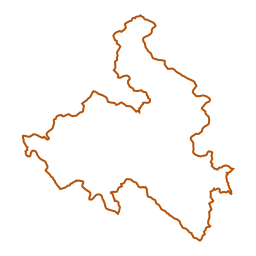 Bao Yen, Lào Cai, Vietnam (Mercator projection)
{"feature_id": "81297802B25948208667731", "entity_name": "Bao Yen", "entity_type": "district", "adm_level": 2, "iso_a3": "VNM", "parent_name": "Vietnam", "parent_adm1": "Lào Cai", "projection": "mercator", "projection_center": [104.421, 22.295], "detail": "fine", "context": "isolated", "style": "outline", "palette": "amber", "viewbox_px": 256, "rotation_deg": 0, "n_neighbors": 0, "source": "geoboundaries", "source_scale": "gbopen_adm2", "svg_char_len": 5855}
<svg xmlns="http://www.w3.org/2000/svg" viewBox="0 0 256 256"><path d="M82.1,103.6L83.8,105.7L83.9,106.2L82.9,111.4L82.4,111.9L79.8,112.6L76.6,115.5L72.6,116.2L70.5,115.4L68.7,114.1L66.7,114.8L63.8,116.3L62.6,116.3L61.8,115.2L61.2,115.0L59.7,115.4L58.8,115.3L56.7,116.4L55.7,118.9L54.1,119.4L53.8,120.3L54.2,122.5L52.9,127.3L52.3,128.5L51.3,129.5L48.2,131.7L46.5,133.8L46.5,134.4L47.3,136.1L49.0,138.3L48.9,138.8L47.6,139.6L46.4,139.1L44.4,136.9L43.7,137.4L43.3,137.2L42.7,137.8L40.5,137.0L36.4,134.8L34.0,134.2L33.0,134.5L31.5,135.8L30.8,135.9L30.2,136.7L28.3,136.7L23.6,135.6L23.1,135.8L22.9,137.7L23.7,139.8L23.7,141.9L25.4,144.5L26.3,146.5L27.5,147.2L27.1,149.2L27.2,150.0L25.5,151.3L25.8,152.3L25.8,153.9L26.2,154.9L27.7,156.3L29.5,156.4L30.3,155.8L31.0,152.6L32.3,150.7L34.4,150.8L35.4,151.2L36.8,153.2L37.2,154.8L39.4,158.0L41.3,159.5L44.9,161.3L45.9,162.5L46.4,164.1L47.5,166.1L47.3,168.0L45.7,170.1L45.6,170.5L49.6,174.4L51.2,176.7L52.7,177.6L53.9,180.0L54.9,181.0L55.1,182.2L58.0,186.2L59.4,187.3L59.7,188.6L60.0,188.9L61.0,188.9L63.9,188.0L65.5,187.4L67.9,185.6L69.4,185.5L70.3,184.5L70.7,183.5L71.8,183.5L73.4,182.2L75.5,181.3L76.0,180.6L76.8,181.0L78.1,180.5L82.5,181.2L83.2,181.8L83.3,182.6L82.3,185.3L82.4,186.7L85.4,189.3L89.5,192.0L90.3,193.0L90.4,194.1L90.1,195.5L89.2,198.3L89.5,199.4L90.8,199.6L92.3,199.3L95.5,195.6L97.1,194.5L98.6,194.4L100.7,194.9L101.9,196.3L102.5,198.8L104.2,202.1L105.7,207.5L106.4,208.5L108.2,209.5L115.3,211.5L117.9,213.8L119.1,211.1L119.8,207.6L119.8,206.5L119.0,205.8L118.5,204.5L118.5,202.5L118.2,201.9L116.3,201.1L115.6,200.5L114.7,200.9L114.2,198.6L113.5,197.2L113.0,195.0L112.3,193.8L111.1,193.1L110.9,192.4L111.4,192.1L112.6,192.1L113.3,191.7L114.9,192.0L117.0,191.6L118.7,187.7L121.9,186.3L121.4,185.4L121.0,184.0L123.1,183.5L124.1,183.0L125.4,180.4L126.5,179.2L129.3,179.2L131.5,179.8L132.6,181.2L136.4,182.8L138.8,187.0L141.3,187.6L142.7,186.8L144.2,187.5L145.4,187.0L146.8,189.1L146.9,191.3L147.4,194.0L147.3,195.2L148.2,196.7L150.8,197.3L153.1,199.3L154.9,199.8L155.4,200.6L156.2,203.4L157.7,204.1L159.2,205.4L160.6,207.6L160.9,208.6L162.0,209.7L165.1,211.0L167.1,213.3L168.9,213.9L169.6,215.4L171.2,216.0L174.2,218.4L176.8,219.2L179.3,220.9L179.7,221.6L180.1,223.1L182.7,227.7L186.0,228.7L187.7,230.2L189.2,232.2L191.5,233.2L191.5,234.1L192.4,234.9L193.5,237.5L196.8,238.5L199.8,240.6L200.2,240.5L201.6,238.9L202.5,236.3L203.3,235.2L204.8,234.2L204.2,232.8L204.1,231.7L205.6,229.7L206.2,227.7L207.5,227.0L209.6,226.7L210.2,226.3L208.3,224.1L208.1,221.6L208.9,219.0L209.4,218.1L209.4,213.9L209.1,212.1L209.8,211.7L210.2,210.6L211.3,209.9L211.4,209.5L211.2,208.5L210.5,207.4L210.0,205.2L209.2,203.6L210.5,202.5L212.2,202.1L213.3,200.9L210.5,197.0L210.8,195.2L210.5,191.7L213.1,190.3L214.0,188.7L214.5,189.5L215.2,189.9L217.3,188.7L218.4,188.5L219.6,189.3L219.8,190.0L219.6,191.5L220.5,192.7L221.3,192.7L222.5,192.1L224.0,191.9L226.2,192.5L227.0,192.1L228.1,191.0L228.6,191.2L230.2,193.4L231.9,194.3L230.9,192.8L231.3,191.2L229.1,187.5L228.9,186.0L228.2,185.0L228.4,183.1L227.3,182.0L227.1,181.4L226.3,177.1L226.6,175.1L227.6,174.5L226.9,172.8L228.6,172.6L230.1,171.9L233.1,168.9L230.4,168.1L229.1,166.4L225.7,165.4L225.1,165.5L223.0,166.3L221.6,167.5L219.3,167.6L217.5,169.6L215.5,168.8L214.5,168.8L213.6,167.6L211.8,166.0L211.7,165.6L212.3,164.7L212.4,164.0L210.7,162.3L212.2,159.0L212.2,158.1L211.5,156.0L212.3,152.5L211.3,151.8L208.7,151.3L207.7,152.3L206.4,155.1L200.6,156.4L198.3,156.0L195.2,154.5L193.5,153.0L193.1,152.0L193.6,149.1L193.3,146.2L193.4,143.6L193.0,142.2L190.8,139.5L190.9,137.6L192.1,136.3L196.0,133.8L198.2,134.0L198.8,133.8L201.9,131.3L202.4,129.0L204.0,127.0L207.7,124.8L208.8,123.6L209.2,120.0L208.6,116.6L206.5,114.7L205.5,113.3L205.4,111.5L202.4,109.2L201.8,108.6L201.8,108.2L206.0,103.0L209.4,101.4L210.0,100.0L209.8,99.0L209.1,98.1L206.7,96.5L204.1,95.6L203.1,95.4L199.1,96.2L196.4,96.1L195.4,95.3L194.9,94.5L193.8,93.7L192.8,92.2L192.9,90.8L196.4,86.0L196.4,85.5L194.7,83.0L194.7,82.3L193.1,80.9L187.4,78.4L184.1,76.3L182.4,75.7L179.9,73.6L178.4,73.1L176.2,71.6L174.4,69.7L172.9,68.7L171.1,68.6L168.0,69.0L165.4,65.6L164.7,64.0L164.8,61.0L164.1,60.6L158.0,59.8L153.0,58.3L152.6,57.6L150.9,53.4L148.2,51.1L145.6,47.2L144.8,43.2L143.4,41.3L143.0,39.3L143.5,38.0L144.1,37.4L145.6,36.6L148.6,35.4L151.1,33.4L151.8,32.0L151.9,29.5L153.0,28.0L154.7,26.9L155.6,25.7L155.5,25.3L154.4,23.7L153.1,22.5L146.7,19.6L145.2,19.5L144.1,18.6L143.4,17.2L142.2,16.8L140.5,15.4L139.5,16.2L136.2,16.8L135.3,17.3L135.0,18.2L132.8,18.1L132.1,18.9L131.5,20.7L129.5,21.2L125.3,23.5L124.9,24.3L125.9,27.7L124.6,29.0L124.3,29.8L122.7,30.7L121.6,31.8L119.6,31.0L116.6,32.2L114.7,33.4L114.4,34.3L113.3,35.8L115.0,40.0L115.3,40.4L116.1,40.5L116.8,41.0L116.9,43.6L118.7,44.6L120.3,46.4L120.1,47.1L117.1,52.3L117.1,53.8L117.7,55.6L117.5,56.4L116.9,57.4L117.2,59.6L116.8,60.3L115.0,61.6L115.4,66.9L114.9,68.9L114.0,69.8L113.8,70.3L116.8,73.1L118.2,75.2L118.3,75.9L117.8,77.3L118.0,77.5L120.3,77.8L123.6,76.1L126.6,75.6L127.1,75.5L128.9,76.6L129.7,78.1L129.7,79.2L128.2,80.6L128.0,83.3L129.3,85.5L129.6,86.6L132.9,88.4L133.3,89.0L133.6,90.4L134.1,90.7L137.3,91.1L141.3,90.3L143.4,91.9L145.4,92.1L145.9,92.4L146.6,93.5L147.0,95.5L148.1,96.4L148.0,97.8L149.8,99.2L150.0,99.6L150.1,100.9L149.7,101.9L148.8,102.5L147.4,102.9L144.2,102.5L142.9,103.0L143.1,103.9L141.4,105.7L140.1,108.2L139.4,108.1L139.2,108.4L139.2,110.0L139.4,110.7L139.3,112.1L138.6,111.3L137.5,110.9L136.2,111.7L135.1,110.3L133.6,109.0L133.2,108.3L131.4,106.8L130.1,106.3L126.4,106.0L125.2,104.8L121.7,102.6L120.8,102.6L117.8,104.5L116.6,104.9L115.7,104.5L115.3,103.5L114.5,102.9L111.8,102.7L108.4,102.0L107.8,101.2L107.0,98.6L105.9,97.1L102.3,95.1L100.7,94.8L99.6,94.1L98.3,93.9L97.4,93.0L95.9,92.0L93.6,91.2L93.0,91.6L90.9,95.8L89.7,97.6L88.3,98.4L86.3,100.6L84.0,102.1L82.1,103.6Z" fill="none" stroke="#b45309" stroke-width="2"/></svg>